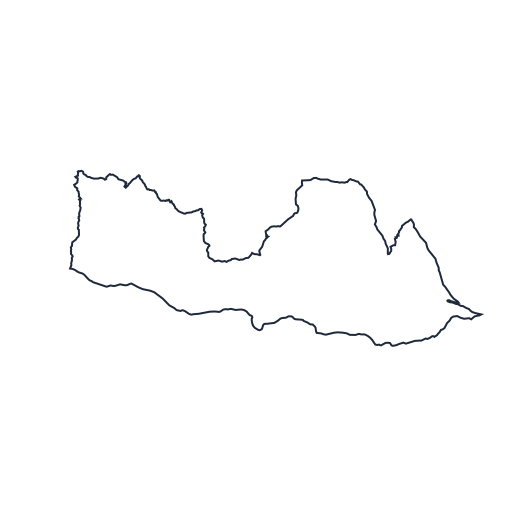 the district of Betulia, Santander, Colombia, rotated 151°
{"feature_id": "7082276B21434370337268", "entity_name": "Betulia", "entity_type": "district", "adm_level": 2, "iso_a3": "COL", "parent_name": "Colombia", "parent_adm1": "Santander", "projection": "mercator", "projection_center": [-73.375, 7.001], "detail": "fine", "context": "isolated", "style": "outline", "palette": "slate", "viewbox_px": 512, "rotation_deg": 151, "n_neighbors": 0, "source": "geoboundaries", "source_scale": "gbopen_adm2", "svg_char_len": 6143}
<svg xmlns="http://www.w3.org/2000/svg" viewBox="0 0 512 512"><g transform="rotate(151 256 256)"><path d="M424.7,335.2L422.9,333.8L421.3,331.9L419.2,327.9L416.1,324.6L415.2,322.6L413.7,316.4L412.9,314.8L412.0,313.9L411.4,312.3L402.2,302.2L401.4,301.5L397.4,300.7L395.4,299.0L393.9,298.2L388.6,297.1L384.9,294.0L383.0,293.0L379.7,292.7L378.3,292.3L373.9,285.4L371.0,281.8L365.4,277.0L362.6,273.7L358.3,264.2L355.7,254.8L352.6,249.9L352.2,248.4L351.5,247.0L348.6,244.5L346.8,244.3L346.0,243.7L344.8,242.1L342.6,237.8L341.1,236.1L338.9,235.4L334.1,233.2L323.4,229.7L318.7,227.3L315.4,225.0L314.1,224.7L310.7,225.0L308.2,224.2L306.7,223.0L303.5,221.9L300.0,218.7L294.9,216.4L292.8,214.7L291.2,212.1L290.2,207.4L288.8,205.8L288.7,205.1L289.1,203.9L290.0,203.4L290.9,201.9L291.9,199.1L292.4,196.4L291.8,193.6L290.2,190.8L289.0,189.4L286.7,189.1L285.6,189.8L283.4,192.0L282.1,192.5L281.4,192.5L279.1,191.3L272.3,188.6L268.0,188.8L265.1,189.4L263.3,189.1L259.7,187.5L256.8,187.5L254.5,186.2L253.7,185.2L253.0,182.6L252.1,181.5L247.0,178.2L245.9,177.1L245.8,176.1L243.3,173.0L242.1,170.6L241.5,169.8L239.6,168.6L238.7,165.5L238.7,164.4L240.0,161.0L240.2,159.3L236.4,156.6L235.0,154.9L233.0,153.3L225.0,151.1L221.5,149.6L216.9,146.6L214.1,144.3L212.1,141.5L207.2,138.7L203.7,138.0L202.1,136.5L198.8,134.6L197.0,131.9L195.8,129.2L195.1,126.5L194.6,120.8L193.2,119.4L191.4,118.9L190.8,117.9L189.8,117.2L184.8,117.2L182.4,116.0L181.0,114.9L180.8,112.1L179.7,111.0L176.2,109.9L173.5,109.7L169.0,108.7L167.4,106.7L158.1,104.7L152.1,101.8L147.7,101.6L146.2,100.3L144.0,100.1L140.7,100.4L139.6,99.8L139.2,98.8L136.1,99.0L134.4,99.8L132.3,100.4L130.1,101.7L128.2,101.3L126.1,101.6L121.4,104.7L118.0,105.6L115.4,107.2L112.9,107.4L109.1,105.9L107.1,102.9L104.4,100.2L99.8,98.3L98.5,96.3L94.2,97.2L90.1,96.1L89.7,95.8L87.3,95.7L91.8,99.7L94.0,102.1L95.0,104.3L95.4,106.3L97.4,108.7L99.2,111.8L101.0,113.1L102.8,115.9L104.3,117.1L106.7,120.1L108.9,121.6L110.4,123.6L110.2,124.2L109.6,124.2L108.4,123.6L107.5,122.2L104.2,118.8L101.4,117.0L101.6,118.4L103.6,122.4L104.2,124.8L104.8,128.2L104.7,129.8L105.5,137.4L106.2,140.1L103.3,152.5L103.1,154.8L101.9,157.2L101.4,162.2L100.4,166.7L102.3,177.4L102.2,180.0L100.9,185.1L103.0,193.4L103.0,199.3L103.3,202.5L104.0,204.7L102.7,206.7L102.5,207.7L102.2,209.0L102.6,211.4L102.4,212.6L102.8,213.0L106.6,212.3L108.6,212.5L113.8,211.5L114.5,210.3L117.9,208.6L118.9,208.4L119.4,207.3L121.7,206.1L121.7,205.7L121.2,205.3L121.4,204.7L122.6,205.3L122.7,204.8L123.5,204.5L123.9,203.7L124.2,203.7L124.9,204.6L125.4,203.7L126.3,203.6L127.0,200.6L129.1,198.0L130.8,198.8L133.9,198.8L134.1,197.0L135.2,195.0L138.5,193.2L139.6,193.6L139.4,194.5L137.0,198.7L136.6,204.1L135.8,206.3L136.1,209.3L135.6,212.5L137.0,220.4L136.6,222.7L136.7,226.0L134.0,228.4L132.6,234.5L131.4,236.7L129.6,238.6L128.2,248.2L128.9,252.3L128.8,256.4L127.8,258.5L128.5,261.7L128.4,263.5L129.3,267.4L130.2,268.2L130.8,271.7L132.1,272.6L133.8,274.9L135.2,276.0L136.1,277.5L137.4,277.5L140.4,276.4L141.0,276.9L142.8,277.1L145.5,279.0L147.3,279.6L149.0,281.3L150.6,282.2L154.0,285.0L156.3,288.2L162.2,291.4L164.6,293.8L165.4,295.1L167.8,296.2L170.9,296.0L172.3,296.3L179.1,299.7L180.3,297.9L181.3,295.4L187.5,293.9L188.6,293.6L190.2,292.3L191.4,289.4L193.7,286.8L196.0,281.8L195.1,279.4L195.8,277.0L197.2,275.2L198.8,273.9L199.7,273.9L201.4,274.6L202.4,274.3L204.0,273.1L210.3,272.5L219.0,270.4L220.8,270.2L222.0,271.3L223.7,271.8L225.8,273.2L228.1,274.1L229.5,274.2L232.7,273.3L235.6,273.0L236.6,270.3L236.3,268.8L237.1,268.9L237.7,268.0L237.5,267.3L236.6,266.9L239.1,266.3L240.3,265.5L242.0,265.0L246.1,261.1L249.8,259.5L250.8,258.7L251.7,254.9L252.2,254.8L254.1,256.9L256.6,258.5L257.9,260.6L259.4,259.6L263.4,258.1L265.9,259.1L269.4,259.3L271.3,260.4L272.4,260.5L275.4,263.9L278.7,265.1L280.1,264.6L282.6,265.3L284.6,265.1L285.9,266.8L288.4,267.5L291.0,270.2L294.8,271.4L295.7,274.2L297.7,277.0L297.9,278.8L296.1,282.2L296.4,284.0L296.1,285.0L293.4,287.1L291.9,287.4L291.6,288.0L291.9,289.2L294.0,292.0L294.3,294.4L292.2,298.9L291.1,300.5L289.2,300.9L288.9,301.2L289.1,303.7L288.0,304.9L287.7,306.1L285.7,306.8L284.7,307.8L285.2,308.7L285.2,310.2L283.4,313.6L283.5,314.6L283.9,315.1L283.5,317.3L283.1,318.0L281.9,318.5L282.2,319.3L282.8,319.9L282.8,320.7L281.0,321.9L280.9,323.7L282.7,324.4L284.4,324.0L285.7,324.7L287.5,324.7L289.3,325.4L291.0,325.3L295.7,327.3L297.3,327.3L298.4,328.0L301.7,332.2L302.4,333.8L302.7,335.6L303.4,336.9L303.0,338.6L303.2,340.1L302.9,340.9L303.6,342.2L303.4,344.9L305.0,344.6L305.1,345.5L304.7,347.1L305.4,347.7L306.3,347.4L306.9,347.5L307.4,348.2L308.5,348.0L309.9,349.3L311.2,349.7L312.6,350.7L313.3,355.4L312.6,358.2L313.0,359.1L312.6,360.2L313.2,360.6L313.1,362.6L314.8,363.4L315.9,364.7L317.1,365.3L317.4,366.4L318.7,366.9L318.9,367.4L318.7,370.0L318.9,370.6L318.5,372.5L319.3,376.0L318.9,377.1L319.7,379.4L319.8,380.9L318.9,382.2L319.2,383.3L319.5,383.5L320.4,382.9L321.3,383.2L323.5,382.3L325.6,382.6L327.7,382.2L331.0,380.9L332.3,380.7L333.4,379.9L336.8,378.9L337.4,380.5L336.4,381.1L335.3,380.9L335.2,382.4L334.1,382.5L333.9,383.5L335.0,384.7L335.5,386.3L339.1,389.8L339.3,392.3L341.8,396.6L343.6,397.4L344.0,398.4L344.9,398.4L348.8,397.4L349.7,395.9L351.2,396.0L351.7,397.6L353.9,399.7L356.3,400.2L360.2,402.2L362.5,404.5L363.0,405.5L364.8,406.8L365.4,407.9L365.7,409.5L366.7,410.7L367.0,412.0L366.4,413.3L366.6,414.0L367.3,415.1L369.0,415.5L370.0,416.3L371.0,416.2L371.2,414.9L372.2,413.9L372.7,412.6L375.6,412.8L375.4,411.7L374.4,410.7L374.4,409.9L376.5,407.1L377.9,406.6L380.6,406.4L380.7,404.1L379.5,401.8L380.5,400.3L380.0,398.2L380.5,397.2L381.0,395.4L382.1,394.1L381.4,391.0L382.9,391.4L383.4,391.2L382.9,389.5L383.7,388.9L384.9,386.3L385.9,385.5L385.9,383.4L387.4,381.4L390.1,379.0L391.1,376.5L392.0,376.4L392.3,375.5L393.0,375.0L392.9,374.3L393.4,372.8L394.4,372.2L395.5,371.2L396.0,370.2L396.4,368.6L398.1,367.1L398.6,366.1L398.2,364.9L400.6,360.2L402.0,359.1L404.1,358.6L405.4,357.7L410.1,357.0L412.1,354.0L413.7,353.4L414.4,351.4L415.4,350.3L415.7,349.2L416.8,347.6L416.4,345.1L416.6,344.4L417.8,343.9L419.2,341.3L421.2,339.2L421.9,337.5L424.7,335.2Z" fill="none" stroke="#1e293b" stroke-width="2"/></g></svg>